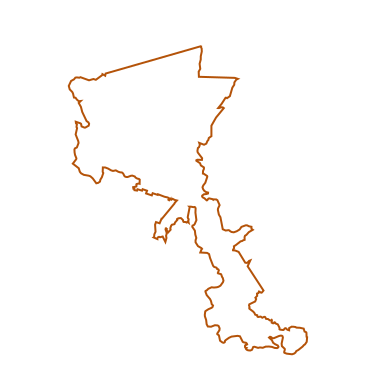 outline of Santa María Petapa, Oaxaca, Mexico, rotated 101°
{"feature_id": "50627088B19284928966846", "entity_name": "Santa María Petapa", "entity_type": "district", "adm_level": 2, "iso_a3": "MEX", "parent_name": "Mexico", "parent_adm1": "Oaxaca", "projection": "natural_earth1", "projection_center": [-95.032, 16.899], "detail": "fine", "context": "isolated", "style": "outline", "palette": "amber", "viewbox_px": 384, "rotation_deg": 101, "n_neighbors": 0, "source": "geoboundaries", "source_scale": "gbopen_adm2", "svg_char_len": 6046}
<svg xmlns="http://www.w3.org/2000/svg" viewBox="0 0 384 384"><g transform="rotate(101 192 192)"><path d="M100.6,323.4L101.3,324.4L101.5,326.9L102.0,328.3L103.9,329.3L106.1,331.9L111.4,333.2L114.6,331.6L116.7,328.6L118.0,327.6L121.8,325.9L121.7,324.3L123.2,322.7L124.5,320.5L123.9,318.6L126.2,320.2L129.6,317.3L134.4,315.0L142.5,309.0L143.4,307.0L144.7,306.0L146.6,306.1L149.1,309.0L149.3,309.9L148.7,312.9L146.3,313.9L145.9,314.6L145.2,319.5L146.7,319.0L147.6,317.9L150.2,317.8L151.2,317.0L157.7,317.2L163.7,313.4L165.5,312.7L170.2,313.5L171.6,315.3L172.8,315.5L175.6,314.8L177.9,313.9L181.0,311.9L181.9,311.9L186.9,314.4L190.3,307.7L193.5,306.0L194.8,304.5L195.8,301.5L195.7,296.4L196.0,294.7L197.6,292.0L201.7,287.6L200.9,285.8L199.3,284.3L197.4,284.3L194.7,283.3L190.3,282.7L189.3,283.5L184.9,284.2L184.5,281.8L185.0,278.9L186.2,275.5L186.4,273.6L185.3,270.9L186.2,268.2L186.4,266.3L186.2,264.5L187.0,263.1L189.2,261.4L189.7,260.5L189.8,259.2L189.6,258.1L187.7,255.0L187.3,253.7L187.7,251.1L188.6,250.2L189.3,248.2L189.3,246.6L189.8,245.7L193.9,245.0L193.8,245.8L194.7,247.8L195.1,248.1L196.7,247.6L197.2,247.7L198.5,250.7L200.0,250.1L199.8,249.2L201.2,248.8L201.1,246.2L199.7,246.0L200.2,241.3L198.7,241.0L199.3,236.4L202.2,236.8L203.0,230.8L200.7,230.4L201.4,225.1L200.7,225.0L201.9,218.1L202.0,214.8L202.5,213.3L204.1,213.7L204.5,212.8L202.8,211.7L203.2,211.6L203.5,210.7L202.4,209.8L203.1,207.4L203.2,205.2L205.9,206.9L206.5,206.9L224.5,216.7L224.4,216.9L228.9,217.8L228.4,221.6L231.2,222.0L238.0,220.2L240.7,220.9L243.5,220.6L243.9,221.0L244.8,217.0L243.9,217.2L242.9,216.7L242.3,215.8L242.5,214.7L241.3,212.3L246.1,208.6L242.0,208.3L239.9,209.1L237.9,208.9L236.2,209.4L233.9,210.8L231.9,210.8L232.8,210.4L233.1,209.7L233.8,210.1L236.2,207.7L233.1,205.8L231.6,206.4L229.0,206.0L228.0,205.5L226.9,203.1L225.1,202.8L222.2,201.1L221.8,201.5L221.2,201.4L220.4,200.3L219.8,198.3L219.8,197.7L221.3,195.5L222.7,194.9L223.0,194.5L222.7,192.8L223.0,191.4L222.0,190.8L222.7,189.5L221.6,190.0L219.3,190.1L218.9,190.7L217.6,191.4L207.1,191.4L206.9,191.7L206.6,190.2L206.6,187.7L206.2,186.5L206.6,185.8L207.5,185.3L211.6,184.7L218.8,182.3L222.9,183.2L224.0,183.8L224.9,185.1L226.1,185.1L229.4,181.8L233.2,180.6L236.3,179.0L238.6,179.3L240.7,178.9L244.0,175.8L245.3,172.0L245.9,171.3L246.5,171.7L249.8,172.3L248.9,165.5L249.7,163.4L253.3,161.7L260.4,157.2L261.3,156.0L261.6,153.5L262.8,152.6L262.9,151.4L263.8,150.7L266.6,151.2L266.9,150.9L267.1,147.9L267.5,147.5L269.6,146.3L270.5,145.4L273.0,144.2L274.6,144.4L278.5,146.2L280.0,147.9L280.8,149.5L281.6,152.2L281.8,154.6L283.9,157.5L285.8,158.8L286.5,159.8L287.3,159.8L290.4,157.9L293.7,153.8L295.5,152.5L298.4,151.2L299.4,149.7L301.0,149.9L301.9,150.6L303.9,153.5L306.4,156.1L306.9,156.2L310.1,156.0L311.6,155.6L314.9,153.7L319.0,152.4L321.0,150.8L320.6,147.6L318.4,144.1L318.1,141.5L318.4,140.4L320.5,138.9L322.4,138.7L326.1,140.2L326.8,140.0L327.4,138.5L328.1,138.0L332.6,136.1L333.9,133.4L334.0,132.2L333.6,131.6L333.2,131.2L331.8,131.2L331.0,130.7L328.0,127.8L326.4,125.6L324.5,119.8L324.5,117.4L329.4,113.6L329.7,112.8L329.7,110.2L330.2,109.4L331.0,108.8L331.6,109.3L331.8,110.1L332.6,110.6L334.1,110.4L334.6,109.7L334.7,108.7L335.6,109.2L336.0,108.8L336.5,107.9L336.7,106.7L336.5,104.6L336.0,103.8L335.4,103.0L332.4,102.3L332.0,101.1L332.4,97.4L331.6,95.6L331.4,92.8L329.7,90.1L329.0,86.9L328.8,83.9L329.3,81.1L329.0,78.7L328.1,77.7L327.4,77.6L326.3,78.5L325.5,81.5L324.5,83.6L322.2,85.3L320.2,88.6L319.3,87.9L319.2,87.2L319.6,86.1L320.2,85.5L319.9,83.8L316.8,79.2L316.1,77.7L315.9,76.5L316.3,75.6L317.6,75.0L323.8,75.1L326.2,74.3L328.2,71.1L329.0,70.8L331.6,71.0L332.2,70.6L332.6,68.2L332.2,62.8L331.2,61.0L329.9,59.8L328.3,59.3L326.8,57.5L322.6,53.9L321.0,53.0L320.0,52.0L317.2,50.8L312.5,51.3L312.3,51.9L308.4,52.8L307.9,53.1L307.5,54.9L304.8,56.3L304.7,60.2L305.2,63.7L304.8,64.6L304.9,66.6L305.2,68.5L307.1,70.7L309.2,70.3L309.0,72.1L307.8,74.0L308.2,74.9L309.9,75.8L310.1,76.3L310.3,79.3L310.1,79.9L308.6,80.2L305.6,82.5L305.1,84.8L304.7,85.6L304.3,85.6L304.2,86.3L305.3,86.9L305.4,87.8L305.0,88.9L302.6,89.1L302.3,89.4L303.1,90.0L303.2,91.0L302.2,93.2L302.4,95.1L300.9,96.2L300.7,96.7L300.8,97.4L302.0,99.0L301.2,100.8L302.1,103.3L301.7,104.1L300.5,104.5L300.4,106.5L298.8,107.7L297.8,109.0L295.6,113.4L294.9,113.7L294.1,113.5L292.4,114.4L291.3,114.3L287.4,109.1L284.8,108.6L283.7,109.6L281.5,108.2L279.3,108.8L278.6,107.6L276.9,107.3L277.0,106.5L277.5,105.9L277.6,104.6L277.3,104.2L275.1,103.0L254.3,123.2L248.0,121.7L248.7,122.8L250.7,124.0L251.2,125.0L251.2,126.3L241.9,134.8L241.2,138.4L241.4,140.6L240.9,140.7L239.0,140.0L237.3,140.5L235.8,138.9L231.2,134.9L230.5,133.4L229.6,132.5L228.9,131.2L226.2,131.8L224.8,131.6L223.7,130.4L220.6,128.6L217.5,125.1L216.8,126.6L214.8,127.0L214.8,129.4L214.2,131.7L214.5,133.0L216.8,136.8L219.7,138.1L222.0,140.6L223.6,143.3L223.7,145.6L223.1,147.3L222.6,147.9L222.5,148.9L223.4,151.6L222.7,154.7L211.3,159.3L209.1,161.3L204.6,163.2L203.2,163.3L199.6,162.4L195.2,165.5L194.7,166.7L195.1,169.4L195.6,169.7L195.1,170.5L195.0,174.0L195.5,174.7L197.2,175.5L197.4,176.0L195.8,178.6L195.2,180.5L194.5,181.2L193.6,181.3L192.0,179.9L191.2,177.4L190.4,176.0L189.5,176.1L189.4,178.1L188.5,180.2L187.0,181.7L185.3,182.6L183.4,182.2L180.4,180.7L174.1,179.9L173.4,180.2L171.8,184.1L171.8,184.8L169.3,185.2L167.0,184.7L165.6,185.0L164.2,188.4L162.2,189.6L160.5,193.7L160.0,193.8L159.3,192.9L158.6,188.4L156.9,188.5L152.1,193.9L150.7,194.5L147.7,194.6L146.7,193.7L145.2,193.4L144.0,193.4L142.4,194.3L143.3,189.2L141.8,187.2L139.0,186.6L137.8,185.9L135.8,185.8L133.5,183.6L123.2,185.6L114.3,182.6L103.6,176.8L103.1,177.8L103.2,179.3L104.5,181.6L104.6,182.3L99.7,179.7L93.2,177.1L92.9,176.7L93.2,175.5L90.7,173.1L81.8,172.3L78.7,171.0L76.3,171.3L73.3,170.0L72.2,168.6L71.8,171.8L77.6,207.2L72.6,208.4L69.5,207.4L64.7,209.0L60.3,208.7L57.0,209.3L52.2,209.2L49.3,209.9L47.9,211.0L47.4,210.9L47.3,211.3L92.2,299.4L94.4,299.4L93.4,302.4L94.3,302.4L94.8,302.8L100.2,307.8L99.9,310.3L102.0,314.4L100.6,323.4Z" fill="none" stroke="#b45309" stroke-width="2"/></g></svg>